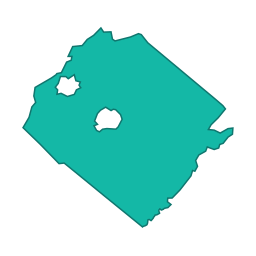 Augusta, Virginia, United States of America (Robinson projection), rotated 185°
{"feature_id": "52423323B12422495570897", "entity_name": "Augusta", "entity_type": "district", "adm_level": 2, "iso_a3": "USA", "parent_name": "United States of America", "parent_adm1": "Virginia", "projection": "robinson", "projection_center": [-79.152, 38.18], "detail": "fine", "context": "isolated", "style": "filled", "palette": "teal", "viewbox_px": 256, "rotation_deg": 185, "n_neighbors": 0, "source": "geoboundaries", "source_scale": "gbopen_adm2", "svg_char_len": 1662}
<svg xmlns="http://www.w3.org/2000/svg" viewBox="0 0 256 256"><g transform="rotate(185 128 128)"><path d="M35.4,158.5L43.6,164.4L115.7,214.6L122.9,222.2L125.8,222.9L133.4,218.9L148.5,213.6L151.2,215.1L153.3,222.3L160.6,221.4L163.7,225.3L170.3,217.3L176.3,212.7L180.8,206.1L190.2,204.3L193.9,194.1L190.1,194.4L190.5,190.5L194.9,188.3L199.2,177.3L203.6,176.0L204.4,174.7L208.6,171.2L224.1,160.3L224.6,151.7L222.2,145.4L225.6,140.6L227.5,130.0L232.6,119.2L214.0,104.1L193.6,86.5L188.5,87.5L170.4,75.2L145.5,58.2L104.9,30.7L104.6,31.1L103.0,31.9L102.2,32.2L100.7,33.3L100.2,35.1L100.2,37.4L100.0,38.4L98.7,38.7L97.2,37.8L96.8,37.8L95.0,40.4L94.6,41.5L94.4,41.8L93.9,42.4L93.4,43.6L92.1,43.9L91.4,44.2L89.4,45.6L89.2,45.7L89.3,45.9L89.3,46.5L89.8,47.3L89.9,47.7L90.1,48.2L89.9,49.3L89.2,50.2L88.5,49.8L88.1,49.4L87.7,49.2L87.1,49.3L86.8,49.7L85.7,50.1L85.2,50.7L84.6,51.2L81.3,52.2L78.5,55.5L82.3,58.0L82.3,61.6L77.9,62.1L70.9,70.7L61.1,85.8L60.0,91.3L57.6,90.8L55.4,95.9L57.8,101.5L55.1,107.3L48.6,111.7L47.4,116.0L40.3,114.1L35.9,116.0L35.2,119.6L31.9,121.0L27.5,127.7L23.4,130.9L23.5,137.1L28.3,136.1L35.7,131.0L42.0,133.4L47.8,133.5L45.5,138.5L39.1,146.0L32.6,155.5L35.4,158.5ZM136.6,140.7L134.6,136.2L137.9,128.2L140.0,125.8L149.0,125.6L153.2,124.6L156.1,121.7L159.1,122.8L162.1,127.3L158.7,129.0L161.9,132.0L159.7,139.7L157.0,143.3L152.1,146.8L146.4,143.9L144.3,145.4L141.9,145.2L136.6,140.7ZM178.6,164.0L182.7,161.5L184.4,156.8L191.1,154.1L197.7,156.7L201.7,155.4L201.4,159.8L204.0,162.3L201.4,166.3L199.8,173.4L194.3,173.8L191.8,171.9L186.2,176.4L184.0,170.5L179.5,169.7L180.5,166.4L178.6,164.0Z" fill="#14b8a6" stroke="#0f766e" stroke-width="1.5"/></g></svg>